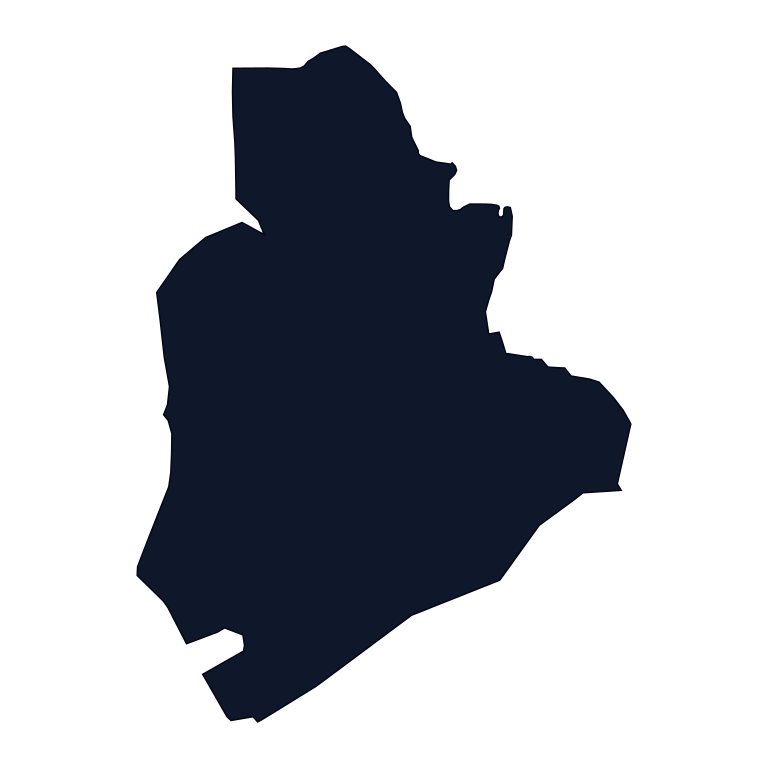 outline of Sennar, Sennar, Sudan
{"feature_id": "16777658B61797456915649", "entity_name": "Sennar", "entity_type": "district", "adm_level": 2, "iso_a3": "SDN", "parent_name": "Sudan", "parent_adm1": "Sennar", "projection": "orthographic", "projection_center": [33.259, 13.557], "detail": "fine", "context": "isolated", "style": "filled", "palette": "ink", "viewbox_px": 768, "rotation_deg": 0, "n_neighbors": 0, "source": "geoboundaries", "source_scale": "gbopen_adm2", "svg_char_len": 2212}
<svg xmlns="http://www.w3.org/2000/svg" viewBox="0 0 768 768"><path d="M539.2,525.3L574.6,499.4L582.9,492.8L621.2,490.3L617.3,483.9L630.8,424.1L629.0,420.5L622.9,409.9L613.5,397.7L599.0,382.1L590.0,379.2L571.0,376.0L564.8,368.1L564.7,368.0L559.3,367.8L547.9,367.1L541.4,359.4L533.6,359.4L532.3,357.3L530.1,356.5L527.4,356.7L508.0,353.7L505.9,353.7L502.3,341.7L499.1,332.2L488.7,334.0L485.4,311.7L488.7,300.1L491.5,291.9L494.2,279.2L500.0,271.5L502.6,268.4L504.3,260.6L509.4,240.7L511.4,235.4L512.2,216.2L510.3,207.5L507.3,206.9L505.1,207.3L504.0,208.8L503.8,211.8L503.7,214.7L502.4,216.8L499.4,217.0L498.3,215.3L497.9,213.1L498.4,210.4L499.4,208.3L498.9,206.3L497.1,205.3L491.7,204.4L487.0,204.2L481.4,204.1L469.8,204.1L463.4,207.2L460.4,209.6L457.1,210.6L452.8,210.6L449.4,206.7L448.5,200.6L448.6,190.4L449.1,180.1L454.7,174.4L456.6,170.4L455.4,166.3L452.1,162.8L450.9,164.2L445.7,163.4L436.4,162.1L433.3,161.0L430.4,159.8L419.9,155.6L418.3,153.4L418.3,150.8L416.4,146.9L411.7,137.2L410.2,126.4L407.2,122.1L404.7,118.4L402.4,112.6L400.4,103.2L396.5,92.4L385.3,81.0L373.8,68.2L370.7,64.9L350.1,49.1L345.7,46.1L342.2,46.5L333.5,49.2L325.0,51.8L320.3,53.2L314.2,57.8L308.1,61.4L304.2,66.0L301.0,67.8L296.8,68.6L291.9,69.0L282.9,68.5L267.7,68.1L233.0,68.3L232.5,91.8L233.0,116.3L234.9,142.6L235.5,159.0L236.0,190.7L236.0,198.8L258.4,220.3L264.1,234.1L260.7,232.7L259.7,232.2L256.8,230.6L254.8,229.5L247.2,225.3L246.9,225.1L245.1,224.2L242.0,222.5L238.1,224.1L236.3,224.9L235.7,225.1L228.2,228.2L215.7,233.4L210.3,235.6L205.7,237.5L203.2,239.6L202.4,240.2L199.4,242.8L196.4,245.3L189.2,251.4L185.3,254.7L179.7,259.5L176.9,263.4L174.6,266.7L170.7,272.4L163.4,282.9L157.7,291.1L156.7,292.5L160.0,318.7L161.9,335.8L164.1,355.6L164.5,358.6L165.5,364.1L169.5,386.6L167.5,404.9L163.6,414.8L168.2,420.4L171.9,433.7L171.6,454.5L171.2,463.0L170.8,472.5L168.8,486.8L161.0,506.5L148.0,539.5L137.6,566.6L137.4,570.3L137.2,575.5L155.0,592.9L163.4,601.1L168.0,607.7L186.5,643.7L217.7,632.0L224.6,627.9L242.9,634.9L244.5,645.5L243.5,651.1L202.7,674.3L227.0,716.7L231.0,720.5L253.1,716.7L257.6,721.9L262.0,719.6L296.1,698.6L316.5,686.0L411.4,615.3L499.8,580.1L539.2,525.3Z" fill="#0f172a" stroke="#020617" stroke-width="1.5"/></svg>